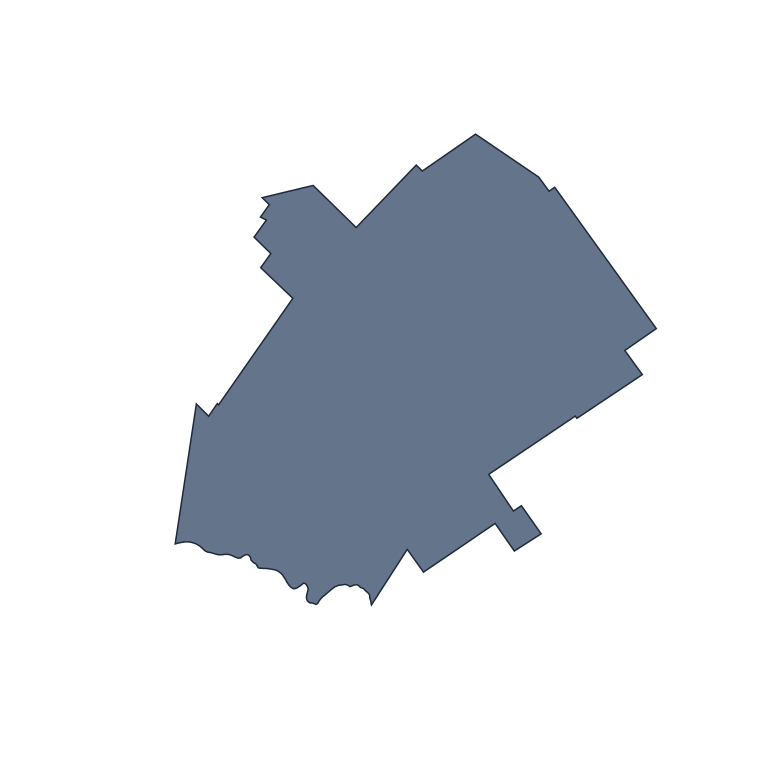 Robles, Santiago del Estero, Argentina (Natural Earth projection), rotated 314°
{"feature_id": "61730980B53242872705838", "entity_name": "Robles", "entity_type": "district", "adm_level": 2, "iso_a3": "ARG", "parent_name": "Argentina", "parent_adm1": "Santiago del Estero", "projection": "natural_earth1", "projection_center": [-64.068, -27.846], "detail": "fine", "context": "isolated", "style": "filled", "palette": "slate", "viewbox_px": 768, "rotation_deg": 314, "n_neighbors": 0, "source": "geoboundaries", "source_scale": "gbopen_adm2", "svg_char_len": 2055}
<svg xmlns="http://www.w3.org/2000/svg" viewBox="0 0 768 768"><g transform="rotate(314 384 384)"><path d="M640.3,351.6L627.3,276.3L563.8,263.6L563.9,255.1L477.2,255.3L477.6,195.1L433.4,166.9L433.3,176.9L418.2,179.2L420.2,185.5L399.4,188.5L399.2,212.0L382.0,214.5L382.3,258.9L254.1,279.5L254.1,277.7L239.0,280.2L239.3,262.9L123.9,344.9L126.5,346.4L129.1,348.2L132.5,350.8L134.5,352.9L136.0,354.9L137.7,358.1L138.8,360.9L139.5,364.4L139.6,367.3L139.6,368.8L139.7,371.3L140.5,373.8L142.3,376.4L143.6,378.8L145.2,382.0L146.5,383.9L148.8,386.2L151.0,387.9L153.0,390.0L153.9,391.4L154.8,393.3L155.7,396.0L156.7,398.6L157.7,400.4L159.6,401.9L161.5,401.9L164.0,402.7L166.0,403.7L166.9,405.4L166.8,407.4L166.2,409.0L165.0,410.5L164.9,412.6L164.9,414.4L165.2,415.5L165.6,416.6L165.3,418.1L164.8,419.8L164.5,421.0L164.9,422.2L166.1,423.5L167.4,425.2L168.9,426.7L170.1,428.2L171.1,429.5L172.1,430.9L173.3,432.7L174.3,434.2L175.2,435.9L175.9,438.3L176.2,440.9L176.2,443.3L175.8,445.2L175.3,447.6L174.9,449.2L174.0,451.7L173.7,453.4L173.3,455.1L173.1,457.3L173.3,459.0L173.8,461.0L174.8,462.0L176.7,463.0L178.9,463.5L181.3,464.1L183.3,464.3L184.8,464.4L185.4,465.3L185.8,466.8L185.5,468.5L184.9,470.2L184.1,471.5L182.9,472.5L180.4,473.9L178.6,475.0L177.0,476.1L175.8,477.4L175.0,479.0L174.7,480.5L174.9,482.1L175.4,483.2L176.7,484.5L177.0,485.4L177.8,486.8L178.2,488.2L179.7,488.7L182.6,488.1L185.3,487.7L188.6,487.7L192.1,488.2L196.0,488.5L200.0,488.9L203.8,489.5L207.6,491.1L209.7,492.9L212.5,494.9L214.0,497.2L214.4,498.8L214.5,500.1L215.8,501.0L218.2,501.9L220.8,503.8L221.3,505.7L221.3,508.3L221.9,509.9L222.7,511.3L222.4,513.7L222.6,516.6L222.6,518.7L222.1,520.2L222.1,520.4L220.3,522.2L218.8,525.0L216.5,528.1L216.3,528.5L281.2,515.6L276.1,543.1L324.8,553.3L344.7,557.4L360.9,560.8L354.4,593.8L385.4,601.1L391.9,567.4L382.5,565.3L391.7,522.1L395.1,522.8L431.5,530.6L434.4,531.2L493.8,543.9L493.8,544.0L493.3,546.6L570.2,563.3L575.4,533.9L613.0,541.4L644.1,370.1L637.4,368.8L637.4,368.5L640.3,351.6Z" fill="#64748b" stroke="#1e293b" stroke-width="1.5"/></g></svg>